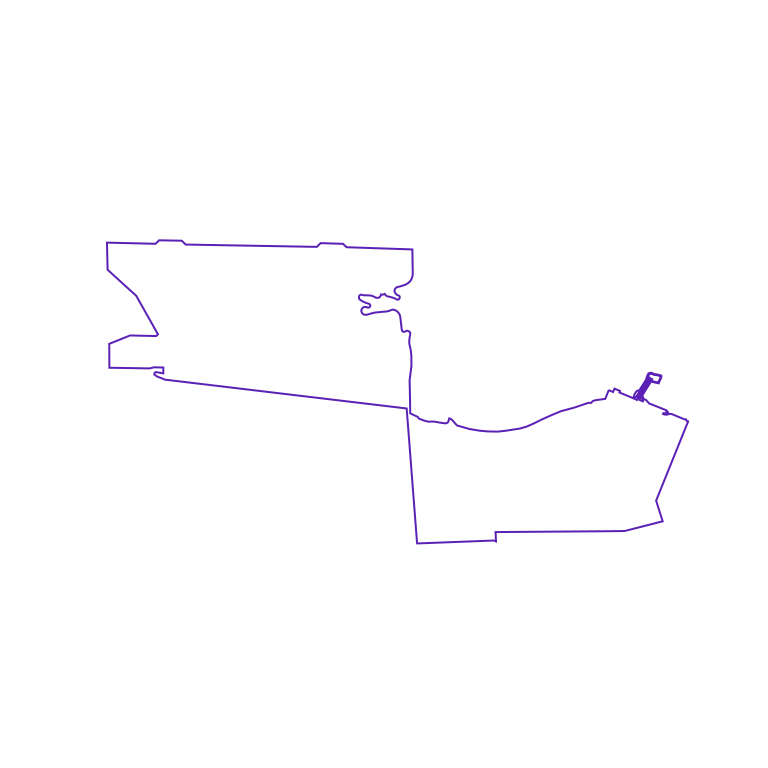 49, Ad Dawhah, Qatar, rotated 292°
{"feature_id": "91078587B40201324753921", "entity_name": "49", "entity_type": "district", "adm_level": 2, "iso_a3": "QAT", "parent_name": "Qatar", "parent_adm1": "Ad Dawhah", "projection": "robinson", "projection_center": [51.615, 25.249], "detail": "fine", "context": "isolated", "style": "outline", "palette": "violet", "viewbox_px": 768, "rotation_deg": 292, "n_neighbors": 0, "source": "geoboundaries", "source_scale": "gbopen_adm2", "svg_char_len": 3452}
<svg xmlns="http://www.w3.org/2000/svg" viewBox="0 0 768 768"><g transform="rotate(292 384 384)"><path d="M463.3,680.0L463.3,678.2L464.3,677.3L463.8,675.4L463.9,662.0L463.6,660.7L463.1,659.7L462.1,658.5L461.4,657.5L460.9,656.1L460.7,654.0L461.7,654.0L462.4,656.7L463.0,657.7L463.7,658.1L464.2,657.9L464.5,657.0L464.4,656.0L465.4,655.7L465.3,637.1L467.3,633.1L467.5,630.2L470.2,627.8L486.2,630.6L487.5,638.4L493.0,638.6L493.0,638.0L488.1,637.6L487.1,631.5L487.6,630.9L488.9,630.9L488.9,630.4L487.0,630.1L467.8,626.8L466.4,630.5L464.9,630.5L465.0,626.8L465.7,626.7L467.1,625.0L468.1,624.9L489.1,628.6L489.3,627.9L481.8,626.7L466.3,623.9L465.8,624.6L464.0,624.6L464.1,621.4L466.0,621.3L466.4,622.6L485.6,625.8L487.2,626.3L489.4,626.5L490.9,626.0L491.9,626.2L492.8,626.7L493.4,627.5L493.7,628.5L493.6,631.1L494.5,633.9L494.7,637.0L494.4,637.5L493.9,637.8L494.1,638.5L495.3,638.3L495.7,637.8L495.2,633.6L494.5,631.4L494.5,630.0L494.6,627.9L494.0,626.4L492.7,625.2L489.6,625.0L486.4,625.4L473.8,623.1L472.3,621.0L468.6,620.1L464.2,620.5L464.3,605.5L466.0,605.4L466.0,603.1L466.0,599.4L462.4,599.4L462.4,595.2L461.9,594.7L453.1,594.7L450.4,590.0L448.4,586.5L446.5,584.0L444.0,583.1L443.2,580.7L439.7,576.6L433.5,569.4L425.1,558.3L417.8,550.9L410.4,543.8L404.0,538.1L398.1,532.4L393.5,526.5L386.5,514.8L382.4,507.2L378.8,497.7L376.5,490.1L374.3,480.2L372.9,467.2L376.3,460.4L376.7,458.1L376.4,457.3L374.1,457.7L372.0,457.5L370.6,456.0L369.5,451.9L367.9,444.4L365.7,439.3L365.1,435.0L365.0,429.2L366.1,427.8L366.6,419.3L375.0,415.8L378.7,414.2L379.7,413.8L396.9,406.4L410.9,402.7L420.8,398.6L425.6,396.0L430.8,392.4L433.7,391.2L434.2,391.0L437.7,390.1L439.7,389.8L441.1,389.2L442.1,387.9L442.2,386.7L441.9,385.2L440.8,384.2L440.0,383.3L439.8,383.1L439.7,382.2L439.9,381.1L441.2,380.0L451.9,374.2L453.5,373.2L455.0,371.5L456.0,369.7L456.5,367.8L456.7,365.9L456.2,364.2L455.5,363.2L454.7,362.4L453.6,361.2L452.7,360.0L452.2,359.2L450.2,355.2L448.9,352.8L447.9,350.8L447.1,349.3L446.4,348.2L445.6,347.1L444.5,345.6L442.2,342.7L441.4,341.5L441.0,340.3L440.9,339.0L441.3,337.6L442.0,336.6L442.9,335.8L443.9,335.4L445.1,335.3L446.2,335.6L447.3,336.1L448.2,337.1L448.6,338.4L448.8,339.4L448.7,340.6L449.2,341.3L449.8,341.8L451.0,342.1L451.8,341.8L452.4,341.3L452.7,340.4L452.7,339.4L452.5,337.3L452.5,334.3L453.0,330.9L453.3,329.8L453.3,329.6L454.3,328.6L455.2,328.3L456.1,328.0L457.1,328.2L458.0,328.9L458.4,329.9L458.6,331.7L459.5,334.2L460.7,337.3L461.3,340.0L461.2,342.1L461.0,344.3L461.5,345.9L462.3,347.1L463.4,347.6L464.8,347.9L465.9,347.7L466.1,348.8L466.8,349.9L467.8,350.9L467.3,351.6L466.7,352.9L466.6,354.4L467.2,358.2L467.4,360.7L467.3,363.5L467.2,364.9L467.7,365.7L468.5,366.2L469.5,366.3L470.3,366.2L471.2,365.5L471.5,364.5L471.5,362.8L472.0,361.2L472.8,360.0L473.7,359.1L475.0,358.6L476.3,358.6L477.5,359.0L478.8,359.9L480.1,361.8L481.9,364.1L484.1,366.7L486.9,368.8L489.7,369.9L492.2,370.2L494.4,370.1L496.9,369.4L519.4,359.9L496.8,298.1L498.6,293.5L490.9,272.5L486.0,270.4L439.0,147.9L441.1,142.8L433.0,121.7L428.4,119.6L411.3,74.2L386.4,84.9L379.7,103.0L378.7,105.7L373.0,121.2L345.4,155.8L343.1,154.8L333.9,130.4L318.3,114.2L296.2,123.3L310.6,160.7L313.4,164.7L316.6,173.2L311.2,175.4L309.5,167.8L308.4,167.1L306.7,167.5L305.9,171.2L306.1,177.6L305.9,179.0L369.8,414.2L248.6,474.4L248.9,475.2L280.0,544.4L280.0,546.8L288.5,542.9L330.2,643.9L337.8,662.1L361.1,693.8L377.8,680.0L463.3,680.0Z" fill="none" stroke="#5b21b6" stroke-width="2"/></g></svg>